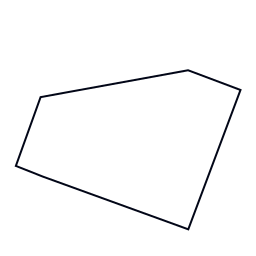 Eastland, Texas, United States of America (Robinson projection), rotated 200°
{"feature_id": "52423323B76826810418880", "entity_name": "Eastland", "entity_type": "district", "adm_level": 2, "iso_a3": "USA", "parent_name": "United States of America", "parent_adm1": "Texas", "projection": "robinson", "projection_center": [-98.827, 32.297], "detail": "fine", "context": "isolated", "style": "outline", "palette": "ink", "viewbox_px": 256, "rotation_deg": 200, "n_neighbors": 0, "source": "geoboundaries", "source_scale": "gbopen_adm2", "svg_char_len": 264}
<svg xmlns="http://www.w3.org/2000/svg" viewBox="0 0 256 256"><g transform="rotate(200 128 128)"><path d="M36.7,53.4L35.3,202.2L91.3,202.8L198.7,140.0L220.7,127.1L220.4,54.0L191.4,53.2L42.0,53.4L36.7,53.4Z" fill="none" stroke="#020617" stroke-width="2"/></g></svg>